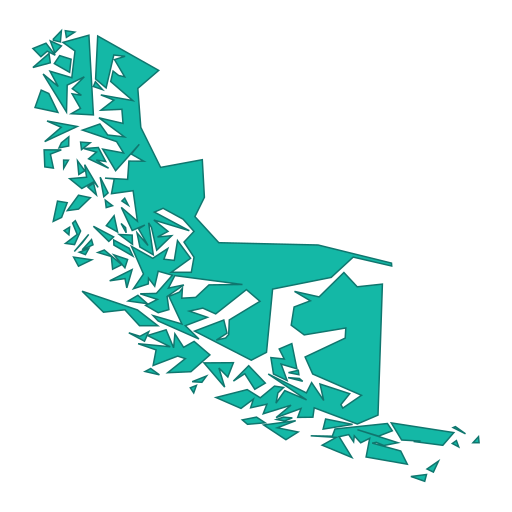 outline of Magallanes y Antártica Chilena
{"feature_id": "CHL-2692", "entity_name": "Magallanes y Antártica Chilena", "entity_type": "Region", "adm_level": 1, "iso_a3": "CHL", "parent_name": "Chile", "parent_adm1": "", "projection": "equal_earth", "projection_center": [-72.604, -52.278], "detail": "fine", "context": "isolated", "style": "filled", "palette": "teal", "viewbox_px": 512, "rotation_deg": 0, "n_neighbors": 0, "source": "natural_earth", "source_scale": "10m", "svg_char_len": 5992}
<svg xmlns="http://www.w3.org/2000/svg" viewBox="0 0 512 512"><path d="M158.7,70.4L137.8,88.4L140.8,127.4L160.6,167.4L202.3,159.7L204.4,197.3L194.9,216.6L218.8,242.7L318.1,245.0L391.5,263.1L391.7,266.0L353.2,257.1L331.2,277.4L272.6,289.1L266.5,352.3L251.3,360.2L194.6,331.1L223.8,320.0L227.0,333.2L216.3,340.1L225.7,338.0L228.7,334.5L229.3,319.9L260.0,301.3L246.4,289.6L215.7,313.9L202.8,308.1L189.3,311.1L207.4,317.3L185.3,325.7L198.9,339.0L158.2,321.0L153.1,315.6L181.9,324.0L169.0,296.4L179.5,292.1L182.4,288.3L181.8,298.2L195.7,297.4L209.0,284.9L242.5,284.5L174.8,275.6L168.4,288.1L183.8,284.9L167.1,296.5L168.9,309.6L158.2,312.7L145.6,305.4L157.4,299.4L140.2,293.8L156.4,293.4L172.4,275.2L158.2,271.2L154.7,286.2L148.5,278.2L148.3,283.9L133.5,288.7L143.5,274.0L131.5,246.4L152.8,258.3L167.8,248.5L163.9,259.2L174.3,260.4L177.5,240.6L190.6,258.3L171.2,272.3L191.3,272.3L194.0,257.2L184.0,242.1L194.0,231.4L183.1,219.2L163.1,208.3L154.4,212.1L189.3,230.7L153.8,220.0L168.0,231.4L157.5,237.0L171.7,235.7L156.7,250.2L151.5,227.5L148.6,222.8L153.3,254.8L139.9,247.0L137.0,232.8L148.0,245.5L138.6,228.9L144.9,225.0L132.2,230.5L121.3,207.4L137.4,221.2L133.1,190.7L111.5,193.7L114.2,179.0L105.0,178.1L127.6,179.4L128.9,161.1L143.8,161.2L131.3,154.1L139.3,144.3L115.6,170.7L102.7,149.1L123.6,153.0L116.6,141.6L82.5,130.1L99.9,124.0L107.7,135.0L124.5,136.9L98.9,117.8L123.0,123.4L121.9,109.3L100.9,110.2L113.9,100.1L100.8,94.9L132.8,100.6L110.7,81.5L113.1,71.1L118.7,75.5L124.7,76.8L114.5,59.6L125.1,56.3L113.8,55.0L106.1,87.9L95.6,79.0L97.7,36.0L158.7,70.4ZM378.0,415.1L357.3,424.0L314.2,407.8L312.9,417.2L297.7,417.4L301.0,408.5L276.1,417.6L291.0,405.2L263.2,413.8L266.9,404.2L250.6,407.8L253.4,399.1L241.0,408.4L216.0,397.5L247.2,389.6L260.3,397.8L274.5,386.1L283.6,387.5L277.9,392.9L276.0,403.2L284.8,390.6L306.6,399.9L268.2,374.0L306.4,392.9L311.6,382.6L323.7,400.5L320.0,384.0L349.7,393.7L340.9,404.6L342.8,408.1L361.5,395.3L312.7,374.0L305.1,357.0L345.2,338.1L345.8,328.0L304.2,334.9L291.2,325.2L294.1,307.0L310.4,300.8L294.5,291.4L319.1,296.9L343.9,272.5L357.2,286.8L382.4,284.1L378.0,415.1ZM66.5,112.0L43.1,74.0L58.2,86.5L50.0,71.2L71.8,77.7L75.0,51.0L63.0,42.4L88.9,35.2L93.4,114.9L71.3,113.7L80.5,108.4L72.1,93.8L81.4,95.3L72.3,88.7L84.3,76.8L67.2,85.1L66.5,112.0ZM407.3,464.2L366.1,457.0L369.7,438.3L360.7,442.8L354.3,435.8L353.6,441.8L348.7,434.6L339.1,436.7L351.9,457.5L322.2,445.2L336.2,437.4L310.7,435.8L332.3,436.2L335.0,429.0L387.4,423.5L392.3,430.8L378.6,436.1L357.4,429.7L397.9,442.7L383.9,445.5L376.3,442.3L372.2,443.1L400.7,451.0L407.3,464.2ZM190.9,371.7L167.7,372.7L185.3,358.6L177.7,356.1L153.1,365.5L156.1,349.9L138.1,343.7L170.3,346.8L147.5,335.5L166.1,329.8L173.6,347.8L174.9,333.9L183.6,347.3L194.1,341.4L209.9,354.9L190.9,371.7ZM413.6,441.5L420.6,441.1L401.6,440.0L391.3,422.9L453.8,432.6L442.8,445.3L413.6,441.5ZM291.8,343.6L296.9,368.8L281.1,364.1L287.1,380.5L273.5,374.0L270.9,357.6L284.3,359.0L279.2,349.0L291.8,343.6ZM157.8,325.7L139.5,325.7L124.9,309.8L103.5,312.2L82.1,291.2L137.4,309.9L157.8,325.7ZM233.4,381.1L248.7,365.7L265.3,383.1L254.8,389.3L244.8,373.7L233.4,381.1ZM224.7,387.1L204.0,362.9L233.4,362.7L227.8,377.0L218.9,368.0L224.7,387.1ZM77.2,126.5L44.7,141.6L61.2,127.3L47.0,121.0L77.2,126.5ZM84.7,164.7L98.1,187.4L94.1,181.6L81.8,188.5L69.7,178.7L86.6,177.2L84.7,164.7ZM126.8,287.9L125.0,278.6L109.7,280.8L132.1,269.6L126.8,287.9ZM298.1,432.0L285.9,439.7L263.7,425.0L295.7,420.7L277.3,427.8L298.1,432.0ZM108.6,168.2L88.6,158.8L96.5,152.1L83.9,148.6L98.3,147.5L105.7,161.5L96.3,160.0L108.6,168.2ZM323.1,429.1L325.6,419.0L352.6,424.4L323.1,429.1ZM57.9,112.4L35.0,107.5L41.2,90.1L48.8,93.5L57.9,112.4ZM90.4,197.7L78.5,209.1L67.3,210.6L78.5,195.2L90.4,197.7ZM74.5,244.6L65.5,243.4L77.2,234.4L72.6,223.1L75.3,220.7L80.6,231.0L74.5,244.6ZM61.3,149.9L50.4,154.1L53.4,168.1L44.8,166.9L44.1,149.9L61.3,149.9ZM55.2,55.2L47.2,51.2L40.9,56.7L32.9,48.5L46.0,43.2L55.2,55.2ZM112.6,269.2L111.3,256.5L97.9,252.5L104.3,250.0L121.7,264.7L112.6,269.2ZM71.1,59.2L69.6,72.3L54.3,63.6L59.7,55.6L71.1,59.2ZM67.2,202.7L61.6,217.4L53.2,221.4L57.5,201.1L67.2,202.7ZM91.7,259.8L78.5,266.2L73.6,257.1L91.7,259.8ZM50.3,62.8L32.9,67.5L49.0,53.5L50.3,62.8ZM132.9,256.1L113.9,245.1L113.7,240.0L129.1,248.2L132.9,256.1ZM114.1,215.7L117.6,232.0L106.3,225.7L114.1,215.7ZM78.8,174.5L77.5,160.8L84.8,170.8L78.8,174.5ZM108.8,241.4L93.4,226.3L113.6,236.9L108.8,241.4ZM265.2,422.8L247.5,424.3L242.3,419.9L256.5,417.1L265.2,422.8ZM127.6,259.5L124.9,267.8L113.9,254.9L127.6,259.5ZM148.8,331.6L144.5,341.2L128.8,332.8L140.0,336.3L148.8,331.6ZM82.5,242.6L74.3,251.5L88.7,234.4L82.5,242.6ZM119.3,234.5L132.2,235.1L132.5,244.3L119.3,234.5ZM438.5,461.1L433.4,472.1L427.0,469.0L438.5,461.1ZM68.8,136.8L68.7,146.0L59.0,147.9L61.4,142.8L68.8,136.8ZM192.2,381.7L206.5,376.0L201.9,382.3L192.2,381.7ZM61.4,45.9L54.8,52.9L50.3,40.9L61.4,45.9ZM426.5,474.5L424.7,481.3L410.9,476.5L426.5,474.5ZM108.1,192.9L103.8,196.7L100.2,177.2L108.1,192.9ZM456.4,440.6L458.7,446.9L452.3,443.5L456.4,440.6ZM93.6,183.2L96.4,194.9L87.8,187.0L93.6,183.2ZM288.1,377.6L299.4,378.5L302.7,381.3L288.1,377.6ZM102.5,89.6L93.4,86.5L95.4,81.7L102.5,89.6ZM61.4,30.7L60.4,41.9L53.4,40.3L53.3,39.1L61.4,30.7ZM137.9,295.3L147.4,303.7L128.2,301.0L137.9,295.3ZM68.9,234.8L64.1,230.6L69.6,227.2L68.9,234.8ZM81.5,149.6L80.6,142.1L90.2,142.8L81.5,149.6ZM112.5,205.7L106.2,207.6L105.3,200.2L112.5,205.7ZM150.7,368.5L159.4,374.8L145.1,371.5L150.7,368.5ZM478.5,436.7L479.1,442.7L473.0,442.7L478.5,436.7ZM91.5,239.6L93.0,244.8L82.2,249.8L91.5,239.6ZM292.3,417.9L284.6,421.0L276.6,419.5L283.4,417.1L292.3,417.9ZM288.5,372.6L298.3,370.3L298.9,374.7L288.5,372.6ZM68.4,160.2L63.7,168.2L63.6,160.1L68.4,160.2ZM455.4,426.6L465.5,433.8L453.1,427.6L455.4,426.6ZM124.7,198.2L128.3,205.2L121.9,201.0L124.7,198.2ZM196.4,385.4L193.7,392.9L190.3,387.8L196.4,385.4ZM66.4,37.4L65.3,30.7L74.7,32.1L66.4,37.4ZM125.6,227.6L126.2,232.8L121.1,223.5L125.6,227.6ZM85.4,254.6L79.3,252.2L88.8,248.5L85.4,254.6Z" fill="#14b8a6" stroke="#0f766e" stroke-width="1.5"/></svg>